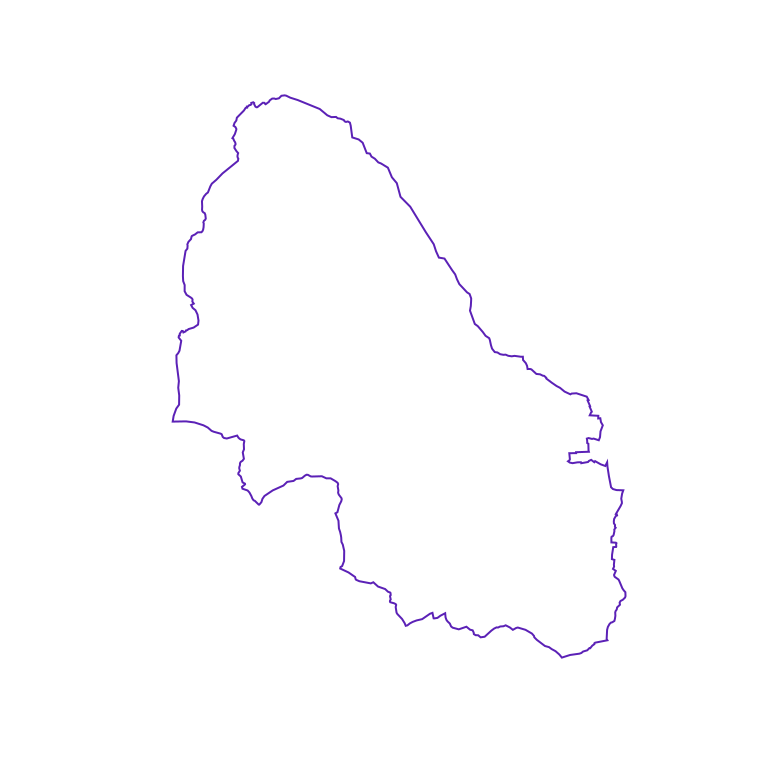 outline of Calinesti, Maramures, Romania, rotated 169°
{"feature_id": "2599482B5531512518944", "entity_name": "Calinesti", "entity_type": "district", "adm_level": 2, "iso_a3": "ROU", "parent_name": "Romania", "parent_adm1": "Maramures", "projection": "albers", "projection_center": [24.007, 47.766], "detail": "fine", "context": "isolated", "style": "outline", "palette": "violet", "viewbox_px": 768, "rotation_deg": 169, "n_neighbors": 0, "source": "geoboundaries", "source_scale": "gbopen_adm2", "svg_char_len": 6147}
<svg xmlns="http://www.w3.org/2000/svg" viewBox="0 0 768 768"><g transform="rotate(169 384 384)"><path d="M598.6,387.4L585.5,385.1L577.3,382.4L569.1,377.9L565.3,374.9L562.2,370.9L560.2,369.6L553.8,366.4L552.9,365.6L552.4,362.8L551.3,361.5L548.7,360.5L538.0,361.4L537.1,359.0L536.1,357.7L535.2,356.9L532.4,355.5L532.0,354.6L533.1,351.8L533.9,346.6L535.7,343.8L535.8,337.3L537.5,335.7L539.5,334.9L540.5,333.7L540.9,331.8L541.9,330.0L542.2,328.7L542.0,326.4L544.0,324.3L544.2,323.2L542.2,320.5L541.6,314.4L539.5,312.7L539.5,312.1L540.0,311.7L543.1,310.1L542.9,308.2L538.2,305.5L536.8,303.2L535.6,299.4L535.1,296.7L534.2,294.7L533.1,294.0L530.0,289.5L529.4,289.4L526.9,291.4L525.2,294.5L522.7,296.9L513.5,300.8L502.1,303.5L497.7,306.4L491.3,306.1L488.3,307.6L483.6,307.2L482.2,307.4L479.2,309.1L477.4,309.7L476.1,309.4L473.6,307.3L472.3,306.9L462.6,305.3L458.6,302.4L454.4,301.6L450.2,297.9L448.4,295.9L448.1,294.5L449.0,292.5L449.1,288.2L449.8,286.0L449.5,284.1L447.5,280.0L447.5,278.9L448.3,277.1L450.9,273.8L454.2,267.0L456.4,266.3L454.8,258.5L455.8,250.8L455.3,247.2L455.2,243.6L455.3,241.4L455.9,237.1L455.1,234.2L454.9,227.8L457.0,217.8L459.8,213.3L461.6,212.6L462.2,211.2L454.8,205.8L450.4,201.3L449.2,200.1L449.1,197.9L448.7,197.1L445.8,195.1L435.0,190.8L432.3,191.4L428.5,186.3L422.0,182.5L419.7,179.3L417.7,178.1L417.5,177.6L417.7,175.5L418.4,174.9L418.6,174.1L418.5,171.3L419.4,170.3L419.7,169.2L419.5,168.6L415.9,166.8L414.5,165.7L414.2,164.8L415.1,162.8L415.3,157.1L414.8,155.7L411.1,149.9L409.4,145.4L408.8,142.5L407.1,142.6L404.2,144.1L401.2,145.0L397.1,145.7L391.4,145.9L382.7,149.7L380.1,150.1L380.0,144.5L379.4,144.3L376.2,144.2L372.8,145.8L367.7,147.3L368.1,143.1L367.7,140.5L366.9,138.8L365.1,136.3L364.4,133.2L363.1,131.7L357.4,128.9L349.4,130.0L346.4,126.4L344.0,125.3L343.4,122.9L343.5,121.3L341.9,119.9L339.5,119.4L337.5,116.9L333.4,116.7L325.7,121.4L322.6,122.9L320.0,123.6L318.5,123.2L316.2,123.8L313.0,123.4L310.6,123.9L306.9,121.0L304.4,118.1L300.8,119.3L299.1,119.4L292.0,115.7L286.4,110.8L284.8,108.0L284.8,106.7L282.8,103.7L276.0,96.1L272.2,94.2L270.0,91.8L266.6,89.0L263.5,85.0L261.6,81.5L253.0,82.5L243.7,82.0L241.6,82.3L239.6,83.4L235.3,83.8L232.7,85.6L232.0,85.3L229.5,87.4L227.1,88.5L227.0,89.3L226.1,89.8L213.6,89.8L214.1,91.2L211.9,100.1L210.6,102.8L208.4,105.4L206.7,106.5L205.6,106.5L203.1,107.4L202.1,109.5L201.1,112.3L200.6,115.7L199.9,117.0L198.6,118.2L197.8,120.2L194.5,122.3L194.4,124.5L193.2,125.9L190.8,126.6L188.1,128.4L187.4,129.7L186.8,133.6L188.0,135.6L189.0,137.9L190.6,145.6L191.1,147.3L194.3,150.7L194.6,151.9L194.6,152.7L192.1,156.3L194.5,158.8L193.0,160.8L192.8,162.8L191.4,167.4L193.7,168.6L192.7,172.9L190.1,180.1L187.2,179.8L187.0,180.2L186.8,182.1L186.2,183.4L186.7,184.0L191.0,185.1L190.2,189.5L189.7,190.7L188.4,191.0L187.4,192.0L185.9,195.6L185.7,197.2L184.0,198.7L184.6,199.7L184.1,201.5L184.9,203.3L184.6,205.4L183.8,207.7L181.6,210.2L180.3,210.5L180.4,211.7L181.2,212.1L175.1,219.0L173.2,221.6L173.0,223.0L173.0,226.1L171.2,230.9L169.4,234.0L176.0,235.5L179.3,237.2L180.8,239.3L180.8,250.5L180.4,260.3L179.9,264.6L182.4,261.3L186.6,263.8L191.5,268.0L192.5,267.1L195.1,270.0L197.5,269.4L198.6,268.5L205.5,268.6L205.6,269.6L209.0,270.2L214.0,270.3L216.6,271.4L218.1,273.0L216.6,273.7L215.9,274.6L215.3,280.7L208.6,279.5L208.5,280.4L195.8,278.4L195.9,279.8L194.8,286.4L195.8,287.3L195.4,289.3L195.3,291.7L193.5,291.9L190.3,290.4L188.6,290.4L183.9,287.8L182.1,290.6L180.5,296.2L177.1,301.7L178.3,305.2L178.2,309.1L180.3,309.3L179.7,311.9L188.0,314.0L186.2,316.5L185.3,317.1L186.5,322.7L185.9,322.9L187.3,329.1L186.2,329.2L187.4,332.9L196.9,338.2L201.6,338.8L203.0,338.3L208.2,342.1L212.0,346.7L215.0,349.1L219.0,353.2L223.5,358.2L223.7,358.5L223.5,359.1L225.2,361.4L226.6,361.9L228.9,363.7L232.5,364.8L236.5,370.2L237.8,370.9L240.2,371.3L240.1,374.5L240.8,377.4L242.9,381.0L242.5,384.3L244.3,384.6L250.5,386.7L253.3,386.8L256.7,388.0L259.0,389.6L261.3,389.9L264.3,391.1L266.6,393.3L269.2,394.2L271.2,398.1L271.6,401.7L271.7,407.0L272.0,408.9L275.1,411.9L277.1,416.2L280.9,422.9L283.4,425.6L285.6,439.6L283.9,444.0L282.5,449.5L282.1,451.4L282.8,456.0L285.0,458.1L291.0,467.7L292.4,473.0L293.2,478.0L295.4,482.7L300.7,495.6L306.0,497.6L307.6,504.4L308.5,511.7L314.0,525.1L324.4,553.0L332.1,564.6L333.1,578.7L336.8,585.4L338.9,595.6L344.9,601.1L347.3,602.6L350.0,606.9L352.9,609.6L353.9,612.9L356.9,613.9L358.9,624.9L362.2,628.9L368.1,632.1L367.4,644.0L367.6,647.1L369.4,648.6L371.3,648.5L372.5,649.3L373.1,650.8L376.2,652.8L378.8,653.7L380.1,655.3L384.7,656.0L388.4,658.6L394.6,666.2L414.5,679.2L421.3,682.9L425.0,685.7L426.5,686.3L429.7,686.5L432.6,684.5L435.9,684.4L437.3,685.2L439.3,685.5L442.1,684.2L443.0,683.0L446.8,681.2L447.3,681.7L447.7,682.8L449.3,683.2L455.5,679.9L456.4,680.0L457.3,680.8L458.1,683.6L457.8,684.6L458.6,685.5L460.7,685.2L460.8,683.9L461.7,683.4L463.1,683.4L464.6,682.4L465.6,682.5L465.7,681.4L467.1,681.5L469.3,679.2L477.6,673.5L478.7,670.8L480.9,668.8L482.4,666.2L480.9,664.7L480.3,662.8L480.4,661.9L482.7,657.8L485.9,654.2L485.1,653.4L484.7,651.4L484.0,649.6L483.9,648.1L484.1,647.4L485.4,646.2L485.8,644.2L484.4,640.7L483.1,638.5L483.9,637.0L484.4,635.6L484.4,634.1L484.0,633.0L484.8,630.9L502.4,621.5L509.7,616.4L514.8,613.5L516.8,611.1L520.3,605.6L522.3,604.6L524.9,602.5L526.6,600.3L527.8,598.2L528.6,592.9L529.4,589.6L529.3,588.2L528.7,587.1L527.4,585.9L527.1,584.2L527.4,580.4L528.2,579.3L529.6,578.6L530.5,577.1L530.3,575.9L531.2,572.3L532.1,570.0L533.2,568.5L534.3,567.8L538.0,568.4L540.9,566.9L544.2,566.0L544.7,565.6L545.8,563.1L548.8,560.9L550.4,558.6L550.4,557.2L551.2,554.4L553.4,552.5L558.7,538.2L560.8,528.3L561.5,523.3L560.8,519.2L562.0,513.1L560.8,509.2L557.1,505.7L556.1,504.5L555.8,503.5L556.4,501.5L555.4,499.2L558.3,498.3L557.3,495.2L555.0,492.4L553.8,487.8L554.0,481.6L555.2,477.8L560.1,475.7L565.4,475.2L566.8,474.4L568.1,474.4L568.7,473.5L571.1,472.9L571.4,474.4L572.4,474.7L574.9,472.3L575.2,470.6L576.0,470.6L576.3,470.1L576.7,468.8L574.8,465.1L578.4,455.7L580.1,453.6L582.3,451.8L583.6,444.2L584.8,425.9L586.7,419.6L587.2,411.9L589.1,402.8L592.6,399.5L596.6,392.8L598.6,387.4Z" fill="none" stroke="#5b21b6" stroke-width="2"/></g></svg>